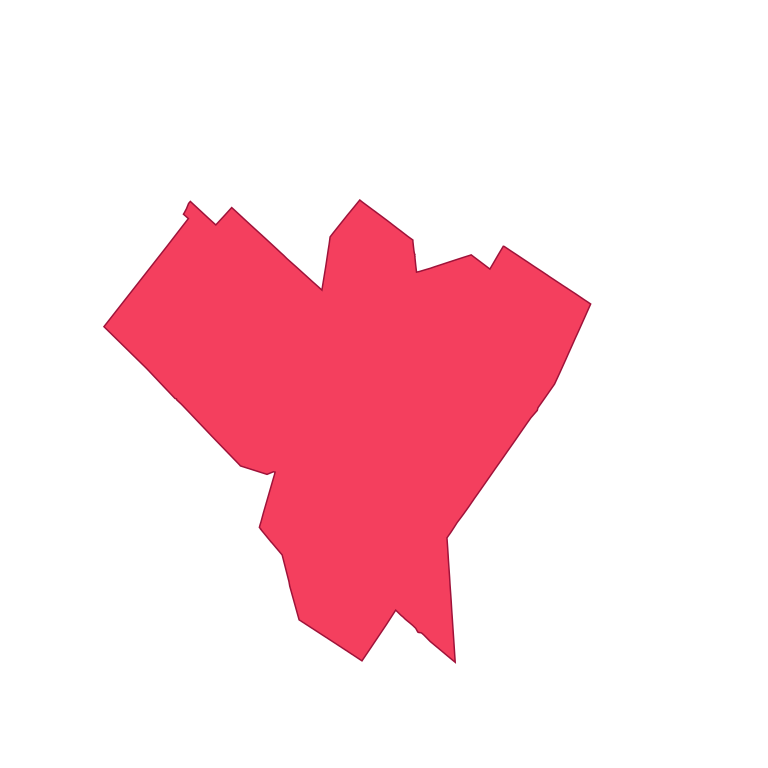 outline of Teremia Mare, Timis, Romania, rotated 232°
{"feature_id": "2599482B72352087772427", "entity_name": "Teremia Mare", "entity_type": "district", "adm_level": 2, "iso_a3": "ROU", "parent_name": "Romania", "parent_adm1": "Timis", "projection": "albers", "projection_center": [20.537, 45.943], "detail": "fine", "context": "isolated", "style": "filled", "palette": "rose", "viewbox_px": 768, "rotation_deg": 232, "n_neighbors": 0, "source": "geoboundaries", "source_scale": "gbopen_adm2", "svg_char_len": 2379}
<svg xmlns="http://www.w3.org/2000/svg" viewBox="0 0 768 768"><g transform="rotate(232 384 384)"><path d="M616.8,372.6L615.1,362.8L612.9,349.4L623.4,347.6L647.1,343.8L646.6,341.2L643.7,336.2L643.5,335.7L641.8,331.9L641.3,330.5L639.6,330.8L634.8,331.7L631.8,319.8L626.1,297.6L610.0,232.5L601.6,198.6L542.2,206.5L516.8,208.9L501.2,210.4L500.0,211.3L499.0,210.9L492.8,211.9L480.9,213.1L472.6,213.9L448.7,216.2L409.0,220.4L407.9,220.4L384.8,236.2L382.9,242.9L381.6,243.9L380.1,242.0L356.6,209.5L351.4,202.6L349.0,199.2L347.7,197.5L345.4,197.6L345.4,197.4L328.4,197.8L328.1,197.9L312.0,198.5L286.7,187.4L282.8,185.3L250.4,171.9L210.1,185.8L179.4,196.2L184.9,213.2L193.0,237.9L198.6,254.0L191.1,255.0L188.5,255.6L185.8,255.9L176.7,257.9L172.0,258.6L167.7,257.9L166.9,258.3L165.1,260.1L164.3,260.4L161.6,260.9L152.6,261.9L145.2,263.5L126.1,267.6L120.9,268.8L127.5,273.3L134.7,278.2L142.2,283.3L149.3,288.1L156.5,293.0L163.6,297.8L171.0,302.9L178.1,307.7L184.8,312.2L191.3,316.7L198.1,321.3L204.9,325.9L211.6,330.5L216.0,333.5L224.0,338.9L226.0,345.5L227.7,350.5L229.8,356.4L231.2,361.7L232.6,366.8L235.4,376.2L238.4,385.6L239.1,388.0L242.1,397.9L245.6,409.3L249.0,420.3L252.1,430.6L255.0,440.0L258.6,451.9L261.4,460.8L265.2,473.1L267.0,479.1L268.8,488.5L270.5,490.7L272.2,496.4L274.3,503.3L276.7,511.1L278.9,518.3L284.7,529.6L288.9,537.6L291.2,542.0L294.2,547.6L299.0,556.7L301.3,561.0L302.1,562.5L305.6,569.3L309.2,576.1L312.9,583.1L316.3,589.5L319.8,596.1L328.0,593.4L335.8,590.9L343.8,588.2L352.0,585.4L359.2,583.0L366.7,580.5L374.5,578.0L384.2,574.7L391.3,572.4L397.6,570.3L404.3,568.1L411.1,565.8L418.4,563.4L419.1,562.8L415.4,553.3L411.8,544.3L409.4,538.2L416.7,536.3L425.7,533.9L432.1,532.2L432.4,531.2L434.8,524.8L437.5,517.4L440.0,510.5L442.7,503.0L445.3,495.8L446.7,491.7L448.1,488.2L450.8,481.3L452.1,478.5L457.7,481.9L465.2,486.6L465.2,486.8L466.8,487.6L466.9,488.0L467.7,488.2L468.7,488.6L469.8,489.2L470.7,489.7L478.5,494.5L479.7,495.4L485.8,493.6L492.9,491.8L498.9,490.2L509.9,487.4L519.5,484.8L529.6,482.0L540.5,479.0L543.9,478.2L542.5,472.0L541.9,469.4L539.6,459.0L536.9,447.7L534.4,437.2L533.1,432.1L527.9,426.8L524.0,422.6L514.6,412.7L511.6,409.5L499.5,396.4L496.2,392.9L504.2,391.5L508.5,390.7L529.9,387.0L542.5,384.7L547.3,384.1L550.7,383.5L564.4,381.3L571.8,380.1L593.0,376.5L614.0,373.1L616.8,372.6Z" fill="#f43f5e" stroke="#9f1239" stroke-width="1.5"/></g></svg>